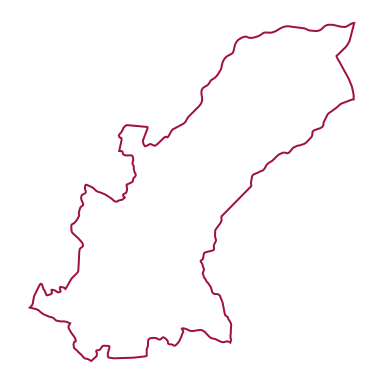 the border of Mashonaland East
{"feature_id": "ZWE-528", "entity_name": "Mashonaland East", "entity_type": "Province", "adm_level": 1, "iso_a3": "ZWE", "parent_name": "Zimbabwe", "parent_adm1": "", "projection": "orthographic", "projection_center": [31.478, -17.977], "detail": "fine", "context": "isolated", "style": "outline", "palette": "rose", "viewbox_px": 384, "rotation_deg": 0, "n_neighbors": 0, "source": "natural_earth", "source_scale": "10m", "svg_char_len": 5918}
<svg xmlns="http://www.w3.org/2000/svg" viewBox="0 0 384 384"><path d="M324.5,26.4L325.6,25.7L327.3,25.0L329.3,24.7L333.2,24.9L340.9,26.7L344.8,27.0L346.8,26.4L350.6,24.1L352.7,23.2L354.2,23.0L349.7,40.5L347.5,44.7L345.5,47.3L336.5,56.0L336.7,56.9L348.8,78.9L351.9,86.5L353.6,94.5L353.7,99.4L352.9,99.4L350.3,100.2L341.0,103.8L339.8,104.7L336.9,107.4L328.4,113.5L327.4,114.8L323.7,122.2L323.3,125.3L322.7,126.5L321.1,127.7L319.2,128.6L317.9,128.9L314.0,130.4L313.2,131.0L312.7,131.6L312.5,132.3L312.2,135.5L311.5,137.0L306.3,142.5L303.8,144.1L301.8,144.6L300.0,145.4L297.7,145.6L293.4,147.6L292.7,148.2L291.0,150.4L289.2,152.4L288.1,153.1L287.2,153.3L285.8,152.8L284.3,152.6L283.1,152.7L281.8,153.2L279.5,154.2L277.6,155.5L272.5,160.6L268.5,163.1L267.4,164.0L266.1,165.7L264.9,168.0L264.0,169.3L263.3,170.0L262.6,170.5L260.0,171.5L257.4,172.9L254.0,174.2L252.6,175.3L252.0,176.6L251.1,181.6L251.0,183.2L251.3,185.4L251.2,186.0L250.7,186.7L221.5,216.4L221.4,218.0L221.6,220.3L221.1,221.6L220.2,223.4L215.6,229.6L215.3,230.3L215.2,231.1L215.0,235.4L215.3,237.7L215.9,239.5L216.0,240.8L214.2,244.4L213.7,245.8L214.1,248.3L213.9,249.6L213.0,250.3L211.8,250.8L206.4,252.0L205.1,252.5L204.2,253.1L203.8,254.1L203.4,256.7L202.8,259.1L201.3,260.3L200.6,261.1L201.1,262.2L202.5,264.4L202.9,266.5L203.9,268.8L204.0,269.8L202.8,272.9L202.8,273.8L203.4,275.1L203.9,277.1L205.1,278.7L206.6,281.5L208.3,283.4L210.8,287.1L212.2,292.0L212.9,293.0L213.4,293.4L214.7,294.0L217.0,294.1L218.4,294.4L219.5,295.2L219.9,295.7L222.6,302.6L224.8,314.0L225.0,314.6L225.7,315.7L227.4,316.7L227.8,317.3L228.4,319.2L229.9,321.4L231.0,323.7L231.2,325.0L230.8,330.5L230.8,332.9L230.5,335.4L230.5,337.1L231.0,340.3L230.3,342.6L229.5,342.0L227.3,341.4L226.4,341.4L224.3,342.1L223.1,342.2L220.6,341.7L215.7,339.2L211.1,338.1L209.2,336.6L204.6,331.7L202.8,330.6L200.8,329.9L198.6,330.1L192.5,331.1L190.3,330.9L186.1,329.0L183.4,328.3L182.3,328.3L181.8,328.7L182.0,329.3L182.9,330.3L183.3,331.4L183.1,332.0L182.3,333.9L181.3,336.7L179.6,340.4L178.6,342.1L177.8,343.1L175.5,345.4L174.7,345.7L173.9,345.6L172.8,344.9L171.3,344.3L169.9,344.3L169.0,344.1L168.3,343.8L168.0,343.2L167.9,341.7L167.4,340.5L165.1,338.2L163.4,337.3L162.7,337.4L162.2,337.8L161.2,338.8L160.5,339.4L159.7,339.6L159.0,339.5L156.5,338.3L155.3,338.0L153.7,337.9L150.4,338.2L149.2,338.8L148.6,339.6L148.5,340.2L148.1,340.9L147.9,346.1L146.7,349.3L146.7,355.7L145.2,356.4L133.2,357.7L113.8,358.3L108.5,357.5L108.1,356.9L107.9,356.1L107.8,354.6L107.9,353.0L108.3,351.5L108.8,350.2L108.6,349.6L109.1,348.9L109.4,347.9L109.4,346.4L108.6,346.0L104.2,345.7L103.0,345.9L102.1,346.5L100.8,348.5L100.1,349.5L99.0,350.0L96.5,350.5L96.2,351.0L96.4,352.0L96.9,353.2L96.7,356.0L91.3,361.0L88.2,359.2L84.6,358.3L83.0,356.8L81.2,354.6L78.7,352.4L76.9,350.4L74.0,347.9L73.8,347.2L73.9,346.1L73.5,344.8L73.6,344.0L74.2,342.0L74.7,341.7L75.7,341.4L75.8,340.9L75.7,340.1L75.1,338.2L74.5,337.1L71.5,333.1L68.9,328.7L68.5,327.5L68.5,326.7L68.6,326.1L69.9,324.0L70.2,323.3L69.3,323.1L66.6,321.8L63.9,321.4L60.6,321.4L56.7,320.7L55.8,320.3L53.3,317.9L51.4,317.2L49.0,316.6L43.6,314.3L40.5,312.1L38.5,310.2L36.4,309.2L29.8,307.6L32.0,305.4L32.8,303.4L33.8,297.3L34.1,296.2L39.4,285.3L40.4,284.0L41.1,283.8L41.6,284.1L42.0,284.6L43.5,289.1L44.5,290.4L46.5,295.1L47.1,295.3L48.1,295.1L50.6,294.3L51.5,293.6L52.0,293.0L51.5,290.6L51.6,289.9L52.1,289.7L55.4,290.6L56.9,291.9L57.7,292.2L58.5,292.3L59.8,292.1L60.6,291.2L59.9,288.7L59.9,287.9L60.1,287.1L60.7,286.9L61.3,287.0L64.1,287.7L64.5,287.9L65.3,289.0L65.9,288.4L71.6,278.5L76.8,273.3L77.7,272.2L78.2,271.1L78.4,269.5L79.3,251.5L79.5,250.4L79.8,249.0L80.5,248.2L82.5,246.6L83.0,245.8L83.1,245.0L82.4,243.2L81.7,242.1L78.3,238.3L73.1,233.6L71.9,232.1L71.5,230.7L71.3,226.4L71.4,225.2L71.8,224.5L72.3,224.1L74.1,223.2L75.0,222.3L76.2,220.9L78.3,217.5L79.0,215.9L79.2,214.7L78.8,213.4L78.8,212.6L80.0,208.4L80.5,207.4L81.2,206.6L82.9,205.4L83.2,204.7L83.2,204.0L81.4,199.7L81.1,197.8L81.4,196.2L82.0,194.9L84.8,193.5L85.5,192.9L85.8,192.3L85.8,191.6L85.0,188.8L84.9,187.7L85.2,185.9L85.6,184.9L86.1,184.7L86.5,184.8L90.8,186.6L93.2,188.0L96.5,191.1L98.9,192.1L100.5,192.5L105.3,194.5L111.4,198.5L114.2,201.0L115.4,201.5L116.1,201.7L116.6,201.6L117.5,201.3L119.2,200.3L121.6,199.9L122.3,199.6L124.4,198.0L124.8,197.5L124.7,197.2L123.5,196.3L123.1,195.8L123.2,195.1L123.6,194.1L125.4,193.3L126.6,191.9L127.1,189.1L127.0,187.6L126.5,185.4L126.7,184.6L131.2,182.6L132.3,181.9L132.9,181.1L133.0,179.7L133.3,178.9L133.8,177.9L135.0,176.7L135.5,175.9L135.8,175.2L135.6,174.2L134.4,171.7L134.1,170.5L133.8,169.2L133.8,167.0L133.7,166.1L132.8,164.5L132.5,163.7L132.5,162.8L133.1,160.6L133.2,159.1L133.0,157.7L132.6,156.3L132.0,155.7L130.8,155.3L126.8,155.5L124.5,155.1L123.6,154.6L123.0,153.8L122.5,151.8L122.1,151.4L121.5,151.1L119.2,151.0L121.6,140.0L121.3,137.9L120.4,137.8L119.6,137.3L118.8,135.7L119.0,134.9L121.6,131.9L123.6,127.7L125.2,126.0L126.9,125.1L146.5,126.9L147.5,127.1L147.6,127.9L147.4,128.7L143.2,139.8L142.9,141.1L143.1,142.5L143.5,144.0L144.2,145.2L145.0,146.2L146.2,146.0L149.0,144.5L150.4,144.0L154.7,145.8L156.0,145.2L157.4,144.1L164.0,137.7L165.3,136.8L166.0,136.8L167.6,137.3L168.4,136.3L169.2,135.1L170.5,132.6L172.4,129.6L183.8,123.5L185.9,121.3L186.3,120.2L188.3,116.9L199.0,106.3L201.0,103.7L202.2,100.7L202.0,97.1L201.6,95.0L201.4,92.5L201.6,90.2L202.7,88.3L204.1,87.2L207.3,85.3L208.7,84.0L210.4,81.1L211.1,80.2L211.8,79.7L214.3,78.2L216.3,76.4L217.9,74.3L220.8,69.6L221.3,68.3L222.1,64.0L222.9,61.6L224.1,59.4L225.7,57.4L227.6,55.9L231.7,53.8L232.8,52.8L233.4,51.5L234.9,45.3L235.7,43.2L236.9,41.3L238.2,39.9L241.7,37.7L243.7,36.9L245.6,36.6L246.7,36.8L248.8,37.7L249.9,37.9L252.6,37.8L255.6,37.1L258.4,36.1L260.8,34.8L262.9,33.3L264.0,32.7L265.3,32.5L270.5,32.7L272.2,32.5L275.4,31.3L281.4,27.8L284.7,26.6L287.8,26.2L304.7,28.4L309.0,30.4L316.2,31.1L318.5,30.7L320.7,29.8L324.5,26.4Z" fill="none" stroke="#9f1239" stroke-width="2"/></svg>